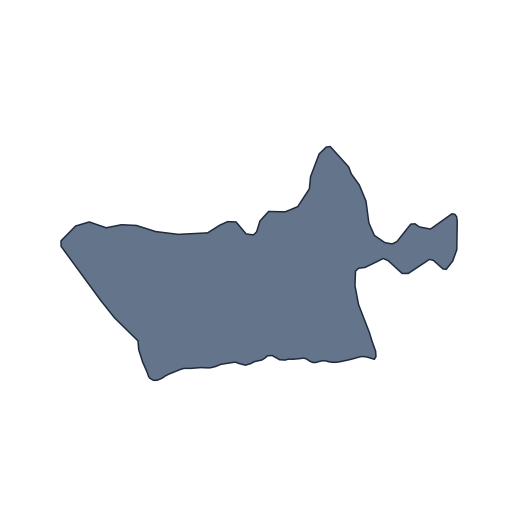 the district of San Juan Bautista, Suchitepéquez, Guatemala, rotated 41°
{"feature_id": "79465075B53380304625786", "entity_name": "San Juan Bautista", "entity_type": "district", "adm_level": 2, "iso_a3": "GTM", "parent_name": "Guatemala", "parent_adm1": "Suchitepéquez", "projection": "mercator", "projection_center": [-91.188, 14.433], "detail": "fine", "context": "isolated", "style": "filled", "palette": "slate", "viewbox_px": 512, "rotation_deg": 41, "n_neighbors": 0, "source": "geoboundaries", "source_scale": "gbopen_adm2", "svg_char_len": 1689}
<svg xmlns="http://www.w3.org/2000/svg" viewBox="0 0 512 512"><g transform="rotate(41 256 256)"><path d="M240.2,124.7L237.5,127.8L236.7,137.5L245.1,160.3L252.2,170.3L255.1,191.4L249.0,203.6L236.3,214.1L236.0,226.9L240.6,237.4L240.3,241.7L234.1,245.8L218.6,243.4L212.0,248.7L208.4,256.6L204.3,270.3L183.1,290.7L164.2,303.4L145.7,311.4L134.0,320.6L124.4,333.0L107.8,339.7L100.2,351.7L98.9,372.5L102.6,376.6L167.8,391.4L189.7,395.5L222.6,397.5L229.0,403.7L240.0,410.4L250.4,415.3L254.2,417.5L256.2,417.9L260.1,417.1L262.8,414.8L264.3,412.0L265.5,409.2L266.3,405.8L267.8,402.2L270.2,397.5L273.5,390.9L275.5,388.0L280.2,383.9L287.7,376.3L292.5,372.5L294.9,370.3L297.9,366.1L300.7,360.6L309.9,349.7L313.9,348.2L319.7,345.3L322.6,340.7L324.1,336.8L326.4,333.7L328.7,330.6L329.8,326.8L330.1,323.8L333.5,320.5L338.4,319.5L341.9,318.8L346.3,315.4L348.0,312.7L351.6,309.7L354.0,307.2L356.5,304.6L358.6,302.1L361.2,300.7L365.9,300.0L368.5,299.2L370.5,297.7L372.7,294.5L374.7,291.6L377.8,289.2L380.1,288.2L382.2,286.9L384.1,285.5L386.0,283.8L387.6,282.1L389.5,279.7L392.3,276.0L394.0,273.7L395.6,271.5L397.0,269.4L398.6,266.9L399.9,264.9L401.3,263.0L403.1,261.4L405.0,260.0L408.8,258.2L413.1,256.3L412.6,253.3L408.8,249.4L399.5,244.2L392.0,239.5L365.3,225.4L350.2,213.5L341.0,202.1L341.5,197.9L345.8,193.1L353.7,174.4L358.7,172.8L377.7,173.3L382.4,169.2L389.1,144.8L392.8,142.9L405.6,143.1L408.3,141.3L407.8,130.8L403.4,119.5L385.2,97.9L381.6,94.7L378.7,94.1L376.2,95.6L370.0,121.2L360.2,126.9L354.9,127.4L351.9,130.4L352.9,152.7L350.8,157.6L344.4,161.4L331.8,162.8L319.5,157.0L303.0,142.4L287.3,134.6L274.0,131.5L267.6,128.0L240.2,124.7Z" fill="#64748b" stroke="#1e293b" stroke-width="1.5"/></g></svg>